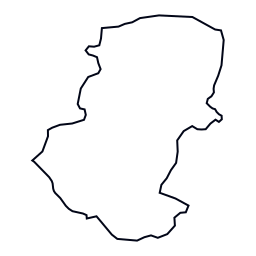 the Province of Montana
{"feature_id": "BGR-2250", "entity_name": "Montana", "entity_type": "Province", "adm_level": 1, "iso_a3": "BGR", "parent_name": "Bulgaria", "parent_adm1": "", "projection": "orthographic", "projection_center": [23.215, 43.499], "detail": "fine", "context": "isolated", "style": "outline", "palette": "ink", "viewbox_px": 256, "rotation_deg": 0, "n_neighbors": 0, "source": "natural_earth", "source_scale": "10m", "svg_char_len": 1186}
<svg xmlns="http://www.w3.org/2000/svg" viewBox="0 0 256 256"><path d="M86.8,218.5L86.5,215.1L82.9,213.5L72.5,211.2L68.8,208.8L65.8,205.8L60.3,198.1L55.2,193.0L53.9,191.0L53.2,188.7L52.6,183.4L51.8,181.1L49.2,177.2L34.2,161.8L32.3,160.5L42.4,151.5L48.0,136.3L47.9,130.1L52.2,127.7L60.0,124.8L72.2,123.5L84.0,119.8L85.8,114.9L84.6,109.4L80.0,108.4L77.7,104.0L80.8,88.5L88.2,77.0L98.3,73.2L100.6,69.1L98.3,63.1L97.0,57.2L92.9,55.5L88.7,54.4L85.6,50.4L88.9,46.3L94.1,46.7L99.3,45.3L101.0,38.5L101.9,28.1L118.5,26.6L124.8,23.9L132.2,22.3L140.0,18.1L159.0,15.4L192.4,17.0L215.1,29.5L221.0,30.4L223.7,40.0L221.5,65.3L218.2,75.7L214.1,85.4L213.6,88.8L213.9,92.4L211.5,96.2L207.8,98.9L206.7,103.2L210.2,106.7L212.5,108.4L215.1,109.2L216.7,112.0L219.0,114.3L221.6,115.7L221.8,119.3L218.9,121.9L215.5,119.7L210.4,123.6L205.7,129.2L201.5,129.5L197.3,129.2L192.2,126.1L183.7,131.1L177.2,140.4L177.7,151.6L176.1,162.9L170.9,170.2L166.7,178.3L161.4,184.8L159.7,192.8L175.5,198.5L188.5,205.6L185.8,212.3L180.3,212.8L174.4,217.7L174.9,225.6L167.3,234.1L157.8,237.8L151.0,235.4L144.4,237.2L137.1,240.6L117.3,238.9L111.8,234.6L96.5,216.3L86.8,218.5Z" fill="none" stroke="#020617" stroke-width="2"/></svg>